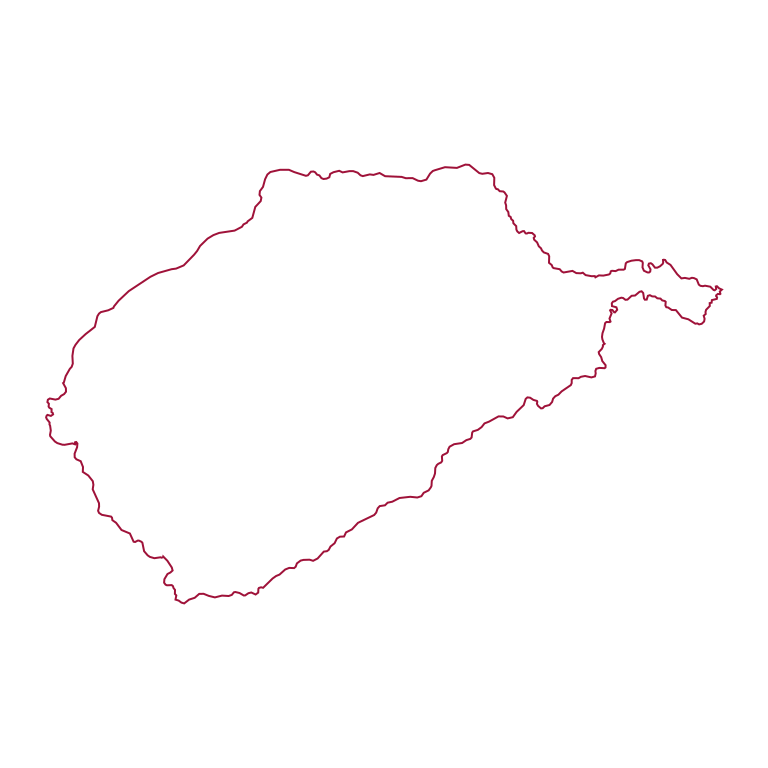 Muidumbe, Cabo Delgado, Mozambique
{"feature_id": "85939544B92892346973749", "entity_name": "Muidumbe", "entity_type": "district", "adm_level": 2, "iso_a3": "MOZ", "parent_name": "Mozambique", "parent_adm1": "Cabo Delgado", "projection": "albers", "projection_center": [39.887, -11.854], "detail": "fine", "context": "isolated", "style": "outline", "palette": "rose", "viewbox_px": 768, "rotation_deg": 0, "n_neighbors": 0, "source": "geoboundaries", "source_scale": "gbopen_adm2", "svg_char_len": 6060}
<svg xmlns="http://www.w3.org/2000/svg" viewBox="0 0 768 768"><path d="M721.9,289.6L719.2,288.4L716.9,286.2L715.8,286.5L716.2,289.0L714.7,290.3L713.6,290.0L710.3,286.7L705.0,285.7L702.9,286.2L700.4,285.8L698.8,284.6L696.7,279.4L694.0,278.1L691.9,277.8L689.3,278.8L684.9,277.9L681.4,278.4L677.2,274.2L670.5,264.9L666.7,262.5L665.2,260.0L663.8,259.7L663.0,259.9L663.2,262.7L662.6,264.0L660.0,266.3L657.2,267.7L655.0,267.7L652.4,264.3L650.8,263.2L648.9,263.6L648.3,265.3L650.5,269.3L650.2,271.6L649.0,272.5L647.4,272.4L643.9,270.7L642.5,267.4L642.8,262.9L642.2,261.4L639.1,260.1L636.2,260.1L631.5,260.7L627.1,262.1L625.8,263.3L624.9,268.9L623.6,269.7L618.5,269.7L615.6,271.1L612.0,270.8L610.8,271.3L610.2,273.5L608.9,274.5L603.3,275.6L598.9,275.4L595.4,277.3L594.8,276.1L591.6,276.2L585.6,275.1L582.8,272.7L580.8,273.3L576.3,273.1L572.5,270.9L563.6,272.5L561.7,271.5L559.7,269.2L553.6,268.1L552.7,267.4L551.7,265.0L549.0,262.8L549.2,256.3L548.1,253.9L543.8,252.4L542.0,250.5L541.0,248.3L538.8,246.3L537.1,242.4L534.2,239.7L533.7,237.9L535.0,236.4L534.7,235.3L532.1,233.0L528.4,232.8L526.9,233.5L525.6,233.4L524.0,231.1L522.6,231.2L519.1,233.0L517.3,231.4L516.4,229.6L516.2,226.1L513.4,223.3L513.1,220.7L511.3,219.2L510.6,216.9L508.8,215.8L508.3,212.0L506.2,209.1L506.1,205.3L505.2,202.6L506.9,195.9L504.5,192.4L503.3,191.5L499.7,191.2L497.8,189.2L496.3,189.0L495.6,188.1L494.1,185.1L494.3,177.8L492.3,174.2L488.0,173.0L482.3,173.8L479.3,173.1L469.2,164.9L465.4,164.6L456.9,167.9L445.0,167.2L435.0,170.2L432.8,171.0L430.1,173.6L426.4,179.6L421.0,181.2L418.0,180.7L412.6,178.1L405.8,178.2L401.6,176.9L385.1,176.2L379.6,173.0L373.5,174.9L369.8,174.4L362.8,176.1L360.5,175.3L357.7,172.7L353.1,171.1L349.6,171.1L342.6,172.4L339.2,170.8L333.5,172.2L330.2,173.9L329.3,177.3L326.6,178.6L323.5,179.0L321.4,178.1L319.4,175.4L317.0,174.6L315.2,172.3L313.5,171.5L310.9,171.7L307.9,175.3L305.9,175.8L294.3,172.1L288.9,169.8L280.0,169.8L270.4,172.0L267.4,174.5L265.1,179.2L263.0,186.9L259.9,191.1L259.5,194.9L261.4,197.6L260.7,201.1L255.3,206.9L252.3,217.9L247.6,221.4L247.0,222.6L243.5,224.4L241.9,226.8L234.6,230.6L219.2,232.9L213.4,235.1L207.6,238.6L200.1,245.9L197.1,251.0L194.1,254.7L183.7,265.4L176.1,268.6L171.6,269.2L158.1,273.0L150.4,276.8L128.8,291.1L118.6,300.7L113.9,306.5L113.4,307.9L108.2,310.3L100.9,312.1L99.0,313.6L97.4,316.2L94.8,326.9L85.6,334.1L79.2,340.0L75.5,344.8L73.5,348.4L72.4,355.9L72.8,363.6L71.7,366.8L69.8,368.9L65.7,376.1L63.8,382.6L63.1,383.1L65.9,388.2L66.0,391.7L64.1,394.1L61.1,395.8L58.6,398.8L55.4,399.6L49.8,398.5L47.9,399.7L47.4,402.1L48.9,403.7L48.6,406.6L49.3,407.7L51.6,409.1L51.5,412.1L52.7,412.9L53.1,414.4L50.9,415.9L47.5,414.9L46.7,415.6L46.1,417.3L46.7,418.9L49.6,422.5L49.5,424.5L50.1,425.6L50.8,430.6L50.0,434.9L50.3,436.3L54.9,441.5L57.3,443.1L62.4,444.7L64.7,444.8L72.4,443.4L75.2,444.4L75.6,443.7L74.9,442.8L75.1,442.2L76.2,442.0L77.4,443.5L77.1,447.2L74.6,453.7L74.7,457.3L76.4,459.3L80.7,461.2L83.0,467.0L82.8,471.9L88.3,475.5L92.8,481.2L93.4,484.8L92.7,489.3L99.0,503.2L99.1,506.7L98.1,510.8L99.0,512.9L101.8,514.8L111.1,516.6L112.0,517.7L112.4,520.2L116.1,522.8L121.5,530.0L129.9,533.5L133.6,541.7L135.1,542.0L137.7,540.6L138.9,540.6L141.5,541.8L142.4,542.8L144.1,551.2L147.6,555.3L149.9,556.9L154.4,558.2L160.5,557.3L161.5,557.7L163.2,557.2L163.3,556.6L167.4,560.8L171.8,567.5L172.6,570.5L170.4,572.5L167.5,574.0L164.4,579.2L164.1,582.7L165.6,584.7L167.0,585.3L171.7,585.1L173.0,586.2L173.5,588.0L175.0,589.9L174.9,593.9L176.3,595.4L175.5,599.6L178.7,600.6L181.4,602.6L184.2,603.4L189.1,599.6L194.7,597.8L199.2,593.9L203.6,593.8L208.8,595.9L214.9,597.4L222.0,595.6L228.7,596.0L231.8,594.9L233.9,592.3L235.3,592.0L239.5,593.0L243.8,595.5L245.2,595.4L248.4,593.2L251.3,592.5L255.6,594.5L258.2,592.6L258.4,588.8L259.0,587.9L261.1,587.3L263.1,587.8L272.6,578.5L276.1,576.0L279.5,574.6L285.2,569.5L289.2,567.9L294.1,568.1L295.7,566.7L296.9,563.4L300.6,560.6L303.5,559.9L309.6,559.7L313.1,560.8L317.6,558.5L323.8,551.6L326.9,551.2L328.7,549.9L330.5,546.5L334.6,543.2L336.9,538.5L339.9,536.7L344.1,536.5L346.0,532.4L351.9,529.4L358.0,522.8L374.2,515.0L376.2,512.6L377.7,508.3L379.7,506.1L385.0,505.3L387.6,502.7L392.3,501.7L399.5,498.0L410.2,496.8L417.3,497.5L421.4,496.2L423.7,492.8L428.6,490.4L430.8,487.4L431.5,485.9L431.8,480.8L433.8,477.1L435.0,473.5L435.3,468.0L436.8,465.1L438.3,463.8L441.2,462.4L442.2,460.8L441.9,456.4L442.7,455.1L446.8,453.1L447.8,452.0L448.3,449.2L449.6,446.7L454.1,444.2L462.1,443.0L466.4,440.1L470.3,438.9L471.6,437.5L472.2,432.6L473.0,431.4L477.8,429.9L481.6,427.1L484.5,423.4L489.1,421.6L498.5,416.4L503.4,416.5L507.6,418.4L512.8,417.2L516.6,411.9L523.7,405.1L525.7,398.9L527.4,397.4L530.1,397.7L533.4,399.9L536.9,400.9L537.3,401.8L536.9,403.8L538.0,405.8L541.0,408.4L542.7,408.2L544.6,406.3L549.5,405.0L552.1,402.0L553.1,398.6L555.3,396.2L558.4,394.7L561.6,391.4L570.8,385.1L571.7,383.1L571.7,379.9L573.1,378.1L578.6,378.2L580.9,376.8L585.1,376.0L591.4,377.4L595.0,376.4L595.7,373.4L595.4,371.0L596.2,368.8L599.3,367.9L604.6,368.2L605.5,367.5L605.6,365.2L602.3,361.1L601.2,357.2L599.1,354.0L598.7,352.1L601.8,348.9L602.9,346.6L602.9,345.1L604.6,343.8L603.9,343.2L602.4,339.4L602.0,336.9L602.5,333.2L604.1,328.6L605.1,323.2L606.4,322.0L609.8,322.1L610.5,321.6L609.5,318.5L611.6,313.4L610.1,310.3L610.6,309.8L612.4,310.0L614.2,312.3L615.0,312.4L617.2,309.8L616.4,307.3L612.0,306.1L611.8,303.3L612.9,301.7L615.0,301.1L618.0,298.8L621.3,297.7L623.1,298.0L625.4,299.8L627.5,299.6L631.6,295.8L635.1,295.5L639.5,291.8L641.6,291.3L643.2,293.0L644.0,298.4L644.9,299.7L646.7,299.6L647.9,295.8L649.9,295.2L652.2,296.4L655.1,296.5L657.3,298.3L660.5,298.6L662.2,300.4L664.8,301.0L665.7,301.8L665.4,305.5L666.3,307.2L668.1,307.5L671.8,310.0L675.9,310.1L682.0,317.6L688.4,319.3L695.3,323.7L697.3,323.4L699.1,324.4L701.7,323.8L704.1,321.5L704.6,318.8L703.7,315.7L705.7,314.0L705.5,312.0L706.1,309.8L709.8,306.0L709.7,303.1L711.6,302.7L711.9,300.1L716.8,298.9L717.1,297.3L716.1,296.1L716.2,295.3L717.9,293.9L719.9,294.2L720.4,293.8L719.8,291.5L721.9,289.6Z" fill="none" stroke="#9f1239" stroke-width="2"/></svg>